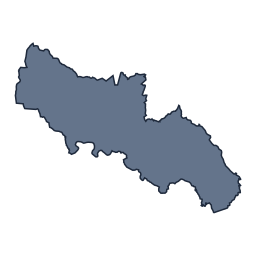 Dak Po, Gia Lai, Vietnam
{"feature_id": "81297802B45369844815447", "entity_name": "Dak Po", "entity_type": "district", "adm_level": 2, "iso_a3": "VNM", "parent_name": "Vietnam", "parent_adm1": "Gia Lai", "projection": "albers", "projection_center": [108.624, 13.929], "detail": "fine", "context": "isolated", "style": "filled", "palette": "slate", "viewbox_px": 256, "rotation_deg": 0, "n_neighbors": 0, "source": "geoboundaries", "source_scale": "gbopen_adm2", "svg_char_len": 5837}
<svg xmlns="http://www.w3.org/2000/svg" viewBox="0 0 256 256"><path d="M137.4,73.6L135.9,73.6L135.4,75.0L133.9,76.0L130.8,76.7L130.0,77.1L129.1,77.9L128.9,78.8L127.7,79.4L127.5,79.1L127.5,78.0L125.3,76.1L125.3,75.0L123.9,75.0L123.2,74.1L123.1,73.1L121.9,72.4L121.2,72.5L120.8,72.9L117.6,84.9L114.9,85.0L113.0,75.6L106.1,81.0L102.2,78.3L97.5,80.1L96.6,79.8L94.6,78.0L93.5,77.8L92.7,77.2L91.7,78.1L91.0,78.2L90.4,78.0L89.2,77.0L88.0,77.1L87.5,76.7L86.1,76.7L84.0,77.4L82.8,77.5L80.7,76.7L79.5,76.6L77.6,76.8L76.5,74.0L74.9,72.0L73.3,70.8L72.3,69.2L70.4,68.8L69.5,67.8L67.1,67.1L64.0,64.8L61.8,64.3L61.5,63.6L60.7,63.3L59.9,62.6L58.5,59.4L57.9,58.7L57.0,58.3L53.1,58.2L52.3,56.4L50.4,54.6L49.5,53.2L49.2,51.4L47.7,49.6L47.0,49.4L45.2,49.4L44.5,49.8L43.7,50.9L39.9,50.1L38.5,48.3L38.0,46.3L37.1,45.9L36.3,45.8L35.3,45.8L33.8,46.2L33.0,43.4L31.6,44.4L30.0,46.0L29.4,47.0L28.1,48.4L26.9,50.2L26.0,56.8L24.9,61.3L25.6,63.4L25.8,64.8L26.9,67.4L24.1,67.7L20.7,67.4L18.9,69.9L19.1,70.5L18.6,71.0L18.9,71.9L19.3,75.4L18.6,77.0L19.1,78.2L20.2,79.8L20.3,80.7L19.6,82.0L17.2,83.7L16.6,84.7L16.3,86.6L16.4,89.7L15.8,91.6L15.8,93.3L15.4,95.4L16.4,103.2L23.2,103.8L23.5,105.6L24.7,108.5L24.9,108.6L35.8,109.4L37.6,108.8L38.5,109.8L38.6,110.6L40.0,113.9L40.5,116.7L41.6,116.7L42.3,117.2L43.5,116.8L44.5,117.5L46.1,120.3L46.5,121.5L49.0,122.9L49.1,124.4L49.7,127.3L50.9,127.7L52.5,128.8L54.2,130.5L55.8,131.0L59.1,131.3L60.3,131.9L61.6,132.2L62.1,132.8L63.1,134.8L64.4,135.5L65.0,136.5L65.6,136.7L65.6,137.0L65.1,137.7L65.5,138.0L65.3,138.5L65.5,138.8L65.2,139.8L65.5,140.5L65.8,143.1L66.4,144.5L66.4,145.4L67.2,146.1L67.7,147.9L68.8,148.6L68.8,149.5L69.3,149.8L69.5,150.4L69.1,151.1L69.1,152.0L68.8,152.8L70.1,153.2L71.5,154.3L75.0,152.9L77.6,150.2L78.4,148.9L78.6,148.1L78.3,147.4L76.0,145.8L75.4,144.7L76.1,142.6L77.0,141.8L78.0,141.5L80.8,141.8L82.1,142.3L83.4,143.1L84.6,143.0L86.3,142.5L88.2,142.2L92.2,142.5L93.4,143.2L93.9,143.9L94.5,145.9L94.4,148.1L94.1,149.0L92.5,150.9L91.9,153.0L92.2,153.8L95.7,156.8L97.0,156.9L97.7,156.4L97.8,155.6L97.5,153.9L97.7,153.0L98.9,151.1L100.8,150.3L101.9,150.5L102.4,151.3L104.4,152.8L106.6,154.8L107.8,155.2L109.6,154.6L110.4,153.8L112.0,150.8L112.8,151.5L114.4,151.7L115.4,152.3L117.3,152.2L118.1,151.5L118.7,151.3L120.3,151.6L120.8,152.1L120.7,152.8L121.0,153.0L121.8,152.5L123.3,152.5L124.2,153.6L125.7,154.3L126.6,155.4L126.5,157.1L126.9,157.9L123.5,159.7L123.8,160.9L123.7,162.2L124.3,163.0L124.6,164.2L126.8,167.1L132.6,170.2L134.9,170.1L135.8,169.7L136.2,169.3L138.6,169.8L138.5,170.7L138.8,171.7L140.3,172.5L140.7,173.4L140.9,174.9L140.2,176.1L140.2,178.1L141.4,179.6L142.4,180.4L143.1,180.3L143.6,179.7L144.2,178.4L144.7,177.8L145.4,178.5L146.6,178.9L147.4,180.6L148.8,181.0L150.0,182.1L151.1,182.4L151.8,183.2L154.5,185.1L157.0,185.8L159.3,187.1L158.7,188.9L158.8,191.0L160.9,193.2L165.1,193.1L166.6,191.7L166.8,189.4L168.4,188.9L168.2,186.9L167.9,186.3L169.0,185.1L169.7,183.3L172.5,182.9L173.6,183.0L174.9,183.7L176.1,182.4L178.4,181.3L180.8,179.2L181.1,179.1L182.2,179.2L183.7,179.8L184.9,180.7L189.4,182.1L190.7,183.4L191.8,185.6L192.3,185.9L193.4,185.9L193.8,186.6L195.0,186.8L195.4,187.1L195.4,188.5L196.2,189.6L196.0,189.8L195.2,189.8L195.2,190.4L195.7,190.9L196.7,190.9L196.8,192.2L197.4,192.7L198.1,194.2L198.9,195.1L199.2,196.1L199.8,197.1L200.1,198.8L202.1,199.3L202.0,201.2L201.4,202.8L202.0,204.3L201.2,205.5L202.1,206.1L202.7,206.1L203.3,205.0L204.7,206.2L205.1,206.2L205.5,205.0L206.3,204.5L205.7,203.5L205.9,203.0L207.6,203.6L209.4,202.9L210.1,203.6L210.5,204.4L211.2,204.9L211.6,208.1L213.2,211.0L213.5,212.2L214.0,212.6L227.4,208.0L227.9,207.0L227.9,205.7L229.2,205.6L229.9,205.0L229.5,203.0L231.1,202.4L232.2,200.5L234.1,199.5L234.6,198.4L234.7,197.5L235.5,196.8L235.7,195.5L236.1,195.3L237.4,195.5L237.8,195.2L238.1,194.5L238.0,193.0L238.2,192.6L239.1,192.4L239.9,192.8L240.3,192.5L240.1,190.3L239.4,188.7L239.6,187.8L239.1,186.7L238.9,185.5L239.2,185.4L240.3,185.8L240.6,185.5L239.4,184.0L238.4,183.2L238.1,181.0L238.7,180.3L238.8,179.0L240.1,179.5L240.6,179.4L240.6,179.1L239.3,176.8L237.7,175.7L236.3,175.1L236.0,174.3L236.5,173.7L236.4,173.4L235.6,173.1L234.6,174.0L233.8,173.9L230.3,170.8L228.7,168.8L225.4,165.5L225.2,164.4L224.1,162.6L223.2,159.3L221.9,157.1L221.3,155.4L221.7,152.1L221.3,150.6L218.9,149.0L217.8,146.6L215.9,145.4L213.9,145.4L211.9,143.5L209.3,139.9L209.3,139.6L210.6,137.5L210.4,135.9L207.5,134.4L206.8,133.8L205.9,132.6L205.6,131.4L205.0,130.3L201.9,126.6L199.6,125.8L199.7,124.9L199.1,124.4L198.7,125.4L198.3,125.9L197.0,126.0L196.2,125.8L194.3,124.4L192.4,123.7L191.3,123.0L191.2,121.6L190.5,120.4L187.6,119.8L186.7,119.0L186.2,117.5L183.4,118.3L182.9,118.1L181.7,117.1L181.1,115.8L181.5,114.5L181.3,113.4L181.4,111.3L180.9,110.0L180.0,108.7L179.5,106.0L178.8,105.4L177.4,108.9L176.9,109.3L176.5,110.1L175.8,110.5L175.5,111.2L173.8,111.2L171.7,112.1L170.8,113.4L170.5,113.6L170.5,113.9L169.9,114.3L168.2,113.9L168.0,114.4L167.2,115.0L166.9,115.5L165.6,116.3L165.4,117.1L164.3,118.1L162.9,118.7L162.0,118.8L161.4,119.2L161.4,119.6L160.6,120.0L160.3,120.6L159.7,120.9L159.8,121.7L159.2,121.6L158.4,121.8L158.1,121.4L157.2,121.4L156.5,120.9L155.1,120.6L154.6,120.2L153.6,120.7L153.5,120.2L153.2,120.1L153.1,119.8L152.6,119.7L152.0,118.9L151.5,119.4L150.8,119.6L150.2,119.5L149.3,119.0L147.8,119.2L146.9,119.7L145.8,121.3L144.9,120.0L144.4,118.9L144.4,118.1L144.0,117.0L146.3,115.4L145.4,114.1L145.3,113.4L145.7,110.2L145.3,107.2L145.5,106.2L145.4,104.7L145.6,104.1L144.2,102.6L146.5,100.6L145.8,99.2L145.8,98.5L146.8,95.3L145.8,95.1L143.6,95.6L142.3,94.8L142.7,93.2L143.1,92.8L143.2,91.6L143.8,90.6L145.2,86.5L145.3,85.7L144.8,85.0L143.3,85.5L142.9,84.8L141.3,84.0L145.9,79.9L145.5,77.5L144.3,76.9L143.9,76.4L144.2,76.1L145.1,76.2L145.1,75.4L145.6,74.9L144.4,74.1L140.6,74.7L138.3,74.4L137.4,73.6Z" fill="#64748b" stroke="#1e293b" stroke-width="1.5"/></svg>